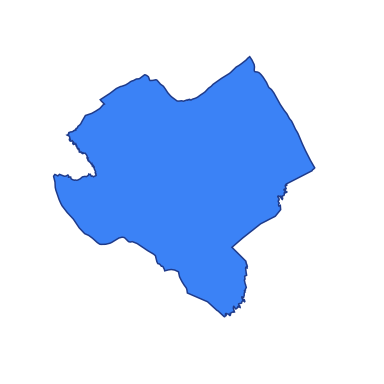 Thepharak, Chaiyaphum, Thailand (Equal Earth projection), rotated 152°
{"feature_id": "78962969B2077127014439", "entity_name": "Thepharak", "entity_type": "district", "adm_level": 2, "iso_a3": "THA", "parent_name": "Thailand", "parent_adm1": "Chaiyaphum", "projection": "equal_earth", "projection_center": [101.53, 15.302], "detail": "fine", "context": "isolated", "style": "filled", "palette": "blue", "viewbox_px": 384, "rotation_deg": 152, "n_neighbors": 0, "source": "geoboundaries", "source_scale": "gbopen_adm2", "svg_char_len": 6014}
<svg xmlns="http://www.w3.org/2000/svg" viewBox="0 0 384 384"><g transform="rotate(152 192 192)"><path d="M222.2,67.0L221.9,66.6L221.3,66.6L220.5,67.2L220.1,67.9L219.7,67.2L219.2,68.0L219.2,68.8L218.9,68.8L218.2,67.8L217.7,67.6L217.0,66.7L216.8,65.4L216.3,65.1L215.6,65.5L215.4,66.8L215.2,67.0L214.2,66.8L213.1,67.0L211.9,66.7L211.7,66.8L211.6,66.3L210.8,66.1L210.2,69.7L209.5,70.9L208.9,71.5L208.7,71.4L208.4,68.5L208.2,68.1L206.3,68.4L205.3,69.3L205.0,69.4L204.8,69.3L204.6,68.5L203.9,68.7L203.8,67.6L203.7,67.5L203.3,68.8L203.6,70.3L203.6,71.0L203.4,71.3L202.6,71.3L201.0,70.7L200.3,70.7L199.6,71.6L198.5,72.1L197.7,71.8L197.1,70.4L196.7,70.6L196.4,72.4L197.7,73.2L197.8,73.5L197.6,75.3L197.4,75.8L197.2,76.0L196.9,75.9L196.4,74.6L196.1,74.5L194.3,76.4L193.8,77.5L192.9,78.6L192.7,78.8L192.0,78.8L192.1,80.0L192.0,80.3L190.9,80.3L190.7,80.9L189.5,81.9L189.0,82.0L188.8,82.4L188.5,84.1L188.2,85.1L188.1,86.4L187.8,87.2L187.2,89.5L186.9,89.9L186.4,89.9L186.2,90.5L185.9,90.6L185.2,92.7L184.8,93.0L184.0,92.8L183.7,93.0L182.9,92.8L182.8,93.0L182.4,94.1L182.5,94.3L182.4,94.7L182.1,95.0L181.9,95.9L181.6,96.4L181.5,96.8L181.3,97.1L181.3,97.6L180.7,98.6L180.7,99.1L180.3,99.2L180.1,99.5L180.0,100.2L179.6,100.3L179.2,99.6L179.0,99.8L178.8,99.4L178.5,100.2L178.1,100.4L178.2,100.7L177.9,101.0L177.9,101.7L177.7,101.9L177.8,103.1L177.4,103.5L177.3,105.0L176.9,105.5L182.7,124.4L168.8,127.6L146.3,131.7L129.8,131.5L122.0,134.8L120.3,138.7L121.8,138.7L121.9,139.1L121.8,139.5L121.3,140.6L120.5,140.9L120.2,141.3L120.2,141.7L120.4,142.7L120.2,143.3L119.4,144.2L118.8,144.1L118.4,144.9L118.3,145.5L118.5,147.5L118.4,147.8L118.0,148.0L117.5,147.9L116.7,146.9L116.4,146.3L115.7,146.7L115.4,146.6L115.4,146.2L116.0,145.9L116.2,145.6L115.9,143.2L115.7,143.0L114.8,144.0L115.4,144.9L115.4,145.1L113.7,146.0L112.6,145.8L111.9,146.2L110.9,148.0L110.3,148.2L110.0,147.5L109.8,147.3L109.2,147.5L108.8,147.3L108.4,147.3L108.2,147.6L108.2,147.9L109.3,147.8L109.7,148.4L109.6,148.9L108.9,149.6L109.2,150.1L109.8,150.4L109.8,150.7L109.6,151.0L109.0,151.2L108.3,150.6L107.9,150.8L107.3,150.7L107.1,152.7L106.6,153.9L106.1,154.3L105.8,154.1L105.5,153.4L105.2,153.4L104.8,154.4L104.8,154.8L76.1,154.4L75.2,155.0L73.7,155.2L72.3,155.7L72.6,164.3L72.4,175.3L72.0,182.7L71.0,193.6L71.0,195.6L71.2,198.9L70.9,204.2L70.8,207.8L71.5,211.1L71.5,216.4L72.3,220.8L73.0,227.9L73.2,241.1L73.7,244.8L74.1,246.0L75.0,247.9L75.1,249.0L74.8,253.8L75.3,260.0L75.9,263.2L76.5,265.1L76.9,266.0L77.9,267.2L79.9,268.6L80.1,269.2L80.1,269.7L79.8,270.5L78.1,273.1L77.3,275.4L77.1,280.4L77.5,284.4L79.8,284.0L82.4,283.1L88.0,282.1L90.9,281.7L94.3,281.6L101.8,279.4L103.4,279.1L112.6,278.5L122.8,277.2L125.4,276.3L128.7,275.9L133.4,274.3L135.3,274.0L138.6,273.7L142.7,273.1L145.1,273.2L148.3,273.8L149.1,273.6L150.4,274.1L150.5,274.7L150.8,274.7L150.9,275.0L151.6,275.0L152.0,275.4L152.8,275.1L153.4,275.7L157.0,276.2L158.3,277.4L161.1,278.5L162.2,279.2L162.6,279.7L165.2,285.2L165.9,287.1L166.8,291.1L167.2,295.6L167.6,298.8L169.2,302.0L170.3,306.8L170.6,307.5L171.3,308.1L174.1,308.9L176.7,310.1L176.9,310.8L176.5,313.1L176.4,314.2L177.3,316.2L178.2,317.3L178.7,317.7L179.2,317.7L184.9,316.8L185.8,316.9L188.1,317.9L191.5,317.9L192.8,318.2L194.5,318.3L196.9,317.9L200.3,317.7L204.4,318.3L205.7,318.7L210.2,318.9L218.2,317.6L229.7,316.6L229.4,314.9L228.1,310.8L229.2,310.8L234.2,309.0L239.3,308.6L243.6,308.5L250.2,309.6L255.8,306.1L258.1,304.5L259.6,303.9L261.9,303.5L263.1,302.4L264.6,302.5L264.9,302.2L265.3,301.4L265.5,301.6L265.8,301.5L266.0,301.7L266.4,301.3L267.6,301.7L268.5,301.4L269.7,301.5L271.2,302.1L271.9,302.1L272.7,302.3L273.0,302.2L273.1,301.9L273.4,301.7L273.4,301.2L274.3,301.1L274.6,300.6L275.0,300.8L275.6,300.9L275.4,300.5L274.8,300.1L274.4,299.5L274.2,298.0L274.3,297.6L274.7,297.1L274.7,295.5L275.0,295.3L275.3,295.9L275.6,296.0L275.8,295.4L275.8,294.5L275.0,293.6L273.7,293.6L273.4,292.3L273.1,291.2L273.2,290.8L273.4,290.8L273.9,291.4L274.1,291.4L274.5,290.7L274.5,290.2L274.1,289.5L273.3,289.7L272.6,288.8L272.0,289.1L272.1,288.3L272.4,287.9L272.1,287.5L272.1,287.0L272.3,286.9L272.6,287.1L272.7,286.8L272.3,285.6L272.7,285.2L272.7,284.4L272.5,284.1L272.5,283.6L272.2,283.9L271.7,283.8L271.6,283.5L271.8,283.3L271.8,281.6L272.4,281.2L272.7,280.2L272.4,280.1L272.1,279.5L271.5,279.7L271.2,279.5L270.7,278.6L271.0,277.8L270.4,277.1L270.1,277.1L270.2,277.7L269.8,277.8L269.4,277.1L268.1,276.4L268.1,275.8L267.8,275.0L267.7,273.6L267.9,272.3L268.6,271.6L268.0,271.0L268.6,270.9L268.3,270.2L268.8,269.8L268.6,269.1L269.0,268.6L268.4,268.2L268.7,267.7L268.5,267.0L268.1,266.6L268.2,266.3L268.0,266.0L267.8,265.0L267.9,264.6L267.6,264.5L267.6,264.1L267.1,264.1L267.4,263.5L267.2,263.0L267.5,263.1L267.6,262.9L267.2,262.2L267.6,262.1L267.8,261.6L266.9,261.3L266.7,260.7L266.9,260.6L266.8,260.1L267.2,260.0L266.9,259.5L267.4,258.6L267.6,255.1L268.3,254.7L268.5,254.2L268.3,253.9L268.2,253.5L268.7,253.0L268.6,252.2L268.9,251.6L271.9,251.7L272.1,252.3L272.6,253.0L273.5,253.2L273.5,255.4L274.3,255.5L274.7,256.3L275.7,255.4L277.9,255.1L279.3,256.1L281.7,256.8L284.7,256.1L287.4,256.2L288.2,256.4L289.6,257.5L290.0,257.4L291.0,258.2L292.4,260.0L292.5,260.7L292.1,262.2L294.0,263.0L293.4,263.6L293.6,265.3L295.4,265.2L296.9,265.6L297.7,266.3L300.7,269.8L302.9,269.2L304.5,271.5L304.9,271.9L306.7,271.0L306.9,270.7L308.3,265.1L310.6,260.2L311.3,257.7L312.9,247.7L313.2,243.3L313.2,240.7L311.8,232.4L309.5,223.9L308.4,213.2L306.3,205.6L303.6,202.2L301.5,197.8L299.4,191.9L298.0,189.3L297.0,188.5L292.8,186.4L288.5,185.3L286.4,185.2L278.1,185.7L274.9,184.9L273.3,183.7L273.0,183.3L271.5,178.5L271.2,177.8L270.0,176.8L268.0,176.2L264.6,172.2L258.7,161.1L255.1,155.2L254.2,153.0L255.7,147.1L255.8,145.1L255.7,144.7L254.5,143.7L254.2,142.8L253.9,140.8L253.0,140.3L252.7,139.8L252.7,136.9L253.1,135.2L249.3,134.3L246.7,133.3L244.0,131.3L241.4,127.9L242.8,123.0L242.9,120.2L242.9,117.3L242.6,113.2L242.1,110.1L242.2,109.1L242.4,108.1L243.5,105.0L229.8,87.8L225.6,75.9L224.8,74.6L222.2,67.0Z" fill="#3b82f6" stroke="#1e3a8a" stroke-width="1.5"/></g></svg>